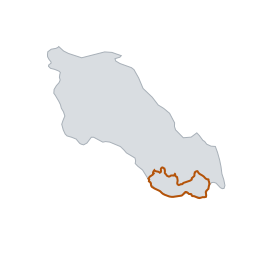 where Kukës sits in Albania, rotated 135°
{"feature_id": "ALB-1502", "entity_name": "Kukës", "entity_type": "County", "adm_level": 1, "iso_a3": "ALB", "parent_name": "Albania", "parent_adm1": "", "projection": "mercator", "projection_center": [20.174, 42.189], "detail": "fine", "context": "in_parent", "style": "outline", "palette": "amber", "viewbox_px": 256, "rotation_deg": 135, "n_neighbors": 0, "source": "natural_earth", "source_scale": "10m", "svg_char_len": 3463}
<svg xmlns="http://www.w3.org/2000/svg" viewBox="0 0 256 256"><g transform="rotate(135 128 128)"><path d="M82.8,75.9L82.9,72.2L83.8,66.3L83.3,64.3L83.8,60.9L82.1,56.4L79.3,53.2L82.0,47.4L85.9,40.5L89.6,34.9L94.0,29.2L96.9,23.6L100.1,18.8L102.8,17.4L104.2,18.4L104.9,20.5L104.7,26.7L105.7,28.8L107.6,30.4L111.5,29.6L115.9,28.0L121.9,24.8L122.9,25.0L125.1,26.7L129.7,34.1L132.7,40.7L138.7,43.0L142.0,45.5L146.3,49.4L148.4,53.3L151.3,65.1L151.7,72.3L150.8,75.6L150.1,76.4L147.4,88.0L148.1,94.0L148.0,97.8L145.8,99.4L144.3,101.8L146.7,111.5L146.4,115.6L146.5,120.3L150.9,131.0L153.5,134.3L155.8,135.8L158.8,145.7L160.5,147.4L167.7,146.4L171.3,147.5L172.6,149.8L173.0,151.4L172.5,156.9L174.3,161.1L176.7,165.5L176.7,168.1L175.1,172.5L172.2,177.5L168.4,179.4L164.2,181.1L162.2,185.0L161.1,189.2L159.3,192.2L158.1,195.6L156.3,202.5L155.9,205.0L153.0,207.5L148.6,208.6L144.7,208.8L142.0,209.9L140.7,212.3L138.2,214.2L136.6,215.0L136.6,217.1L138.5,221.5L140.6,225.0L140.6,227.8L139.6,228.6L136.4,228.3L135.7,229.3L135.3,232.5L134.5,235.2L133.1,236.8L130.8,238.6L126.6,238.0L122.7,235.3L120.6,234.5L119.4,234.6L119.1,228.0L117.4,222.8L111.1,210.4L90.7,198.3L85.9,192.8L83.7,188.2L81.6,183.9L83.7,183.8L85.7,184.9L88.2,186.2L89.3,184.0L88.1,179.3L82.9,168.2L82.5,165.1L85.1,155.8L89.4,145.3L89.1,132.6L90.4,122.9L88.9,116.7L88.2,109.0L91.4,98.7L94.1,96.2L95.7,93.0L95.8,82.0L89.8,76.9L82.8,75.9Z" fill="#d9dde1" stroke="#a8b0b8" stroke-width="1"/><path d="M150.9,75.6L149.5,76.5L149.4,77.7L148.9,77.7L148.0,78.0L147.0,78.2L143.6,77.5L142.4,77.6L141.8,77.7L141.8,77.9L142.0,78.1L142.2,78.4L141.9,78.7L141.4,79.0L140.6,79.3L139.2,79.5L139.3,79.0L139.0,77.9L137.4,75.5L137.1,74.1L137.1,73.9L136.0,73.7L135.2,74.1L134.9,74.5L134.5,75.0L134.1,75.5L133.5,75.9L132.5,76.1L131.9,76.0L131.5,75.7L131.3,75.3L131.3,74.9L131.3,74.7L131.3,74.4L131.3,74.2L130.9,73.7L131.6,72.3L131.7,72.1L131.9,72.0L132.1,71.9L132.2,71.7L132.4,71.5L132.6,71.2L133.7,70.3L133.8,70.1L133.9,69.7L133.9,69.0L133.9,68.4L133.9,67.9L134.1,67.5L134.2,67.1L134.2,66.6L133.7,65.3L133.5,64.8L132.8,64.3L131.2,64.0L129.9,62.8L129.4,62.1L129.0,61.8L128.7,61.8L128.3,62.1L127.9,62.2L127.3,62.3L127.3,62.1L128.1,61.0L128.4,60.0L128.3,59.5L128.0,58.9L128.2,58.3L129.7,56.2L130.1,55.7L130.6,55.3L131.3,54.9L132.3,54.1L132.8,53.0L132.4,51.7L130.8,51.0L130.3,50.9L130.0,50.6L129.8,50.2L129.4,50.0L129.0,49.9L127.7,50.0L121.4,46.9L120.7,46.7L119.4,46.5L118.4,47.4L115.1,47.2L114.8,47.4L114.4,47.6L113.6,48.5L113.3,48.7L113.0,48.8L112.7,48.9L112.4,49.0L112.1,49.4L110.7,49.2L109.9,48.8L109.5,48.5L109.4,48.2L109.6,47.7L109.7,47.1L109.8,46.8L109.8,46.5L109.8,46.3L109.9,46.0L109.9,45.4L109.7,44.4L109.0,41.8L108.8,40.6L108.7,39.7L108.8,39.1L108.8,37.2L108.6,36.6L108.5,36.1L107.6,35.0L107.5,34.8L107.6,34.5L108.1,34.1L108.3,33.7L108.6,33.0L108.7,32.7L108.9,32.4L109.1,32.2L109.3,31.9L109.5,31.7L109.8,30.9L110.2,30.8L112.3,29.5L112.8,29.1L114.2,28.1L116.9,28.2L118.3,27.7L120.3,25.1L121.5,24.2L122.9,25.0L124.1,26.3L126.9,27.8L127.8,29.0L129.4,32.8L129.7,33.3L130.4,34.0L130.7,34.6L130.7,35.2L130.1,36.1L130.1,36.6L130.3,37.0L131.2,37.8L131.5,38.2L131.6,38.8L131.5,39.8L131.6,40.4L132.1,41.6L132.6,42.1L133.2,42.2L137.0,42.1L137.9,42.3L144.7,47.3L145.7,48.3L146.1,48.8L147.2,50.3L149.3,54.9L149.9,56.9L150.0,58.2L150.0,60.6L150.4,62.0L152.1,66.6L152.4,68.1L152.7,69.1L152.7,70.0L152.1,71.4L151.6,72.0L151.2,72.3L150.9,72.7L150.6,73.6L150.6,74.1L150.9,75.1L150.9,75.6Z" fill="none" stroke="#b45309" stroke-width="2"/></g></svg>